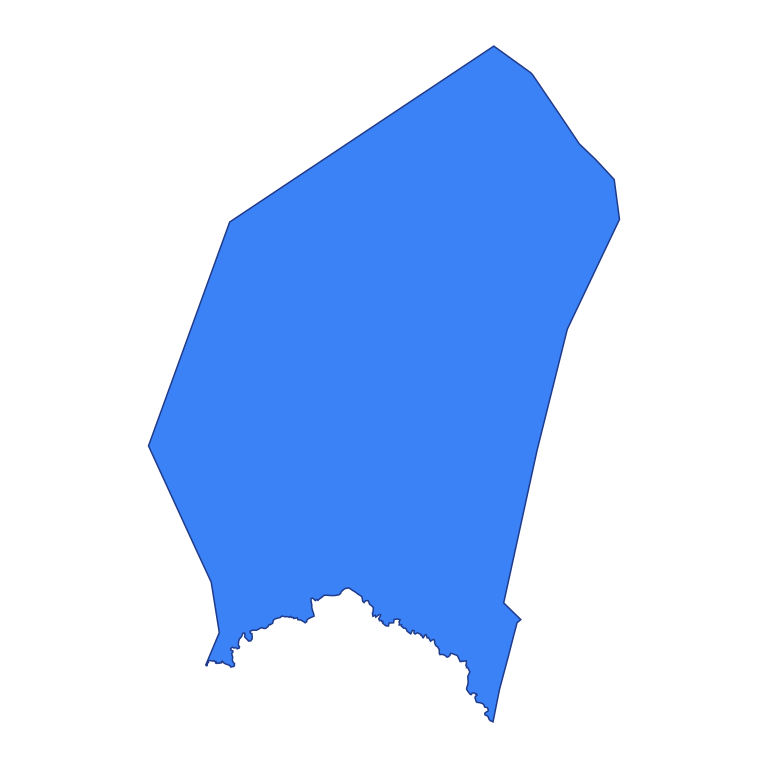 San Miguel Tenango, Oaxaca, Mexico (Natural Earth projection)
{"feature_id": "50627088B60096120896365", "entity_name": "San Miguel Tenango", "entity_type": "district", "adm_level": 2, "iso_a3": "MEX", "parent_name": "Mexico", "parent_adm1": "Oaxaca", "projection": "natural_earth1", "projection_center": [-95.556, 16.228], "detail": "fine", "context": "isolated", "style": "filled", "palette": "blue", "viewbox_px": 768, "rotation_deg": 0, "n_neighbors": 0, "source": "geoboundaries", "source_scale": "gbopen_adm2", "svg_char_len": 3871}
<svg xmlns="http://www.w3.org/2000/svg" viewBox="0 0 768 768"><path d="M205.8,664.9L206.3,665.7L207.2,665.5L207.4,663.7L207.7,663.1L208.5,662.4L208.1,661.1L209.8,660.5L211.0,660.8L213.3,661.1L214.3,660.8L214.8,661.5L216.0,661.6L216.2,662.1L215.6,662.4L215.6,663.0L217.0,663.4L217.2,662.9L219.1,663.3L221.6,662.7L221.5,661.7L222.3,661.2L223.0,661.9L223.5,662.7L225.7,664.0L227.4,664.5L229.8,665.5L230.7,667.0L232.8,666.6L233.8,666.5L234.4,665.6L234.5,663.6L233.4,662.5L232.4,660.6L232.4,659.1L232.7,657.0L231.7,654.1L232.2,652.8L232.8,652.3L232.9,650.9L230.9,650.2L230.8,648.6L231.5,647.8L232.5,647.2L233.8,648.0L235.3,647.8L236.6,647.9L237.1,648.8L239.2,648.1L239.5,646.8L238.8,645.7L238.3,645.2L238.6,641.6L239.3,639.1L241.6,636.6L242.1,635.2L242.7,633.5L244.0,632.9L244.8,633.4L244.8,634.6L244.8,635.9L244.8,637.1L246.4,638.7L248.7,641.1L250.7,640.9L252.1,639.0L252.2,636.9L251.9,633.6L250.5,633.2L250.1,631.2L251.6,630.6L253.3,630.1L255.1,630.3L256.6,630.2L258.2,629.4L260.5,628.1L262.4,627.6L262.9,628.1L263.9,628.5L265.6,628.4L268.0,626.6L269.1,624.5L269.4,624.5L270.1,624.8L272.6,623.3L273.4,620.2L275.0,618.9L278.3,617.9L280.0,617.6L282.1,616.0L284.7,616.7L287.4,616.6L289.5,617.3L290.7,616.4L291.7,617.6L293.3,617.4L293.8,618.5L297.3,617.8L297.9,619.8L300.4,619.9L301.9,620.7L302.7,621.1L304.1,622.0L305.1,622.8L306.6,621.8L306.8,620.5L308.1,618.8L314.1,616.1L313.5,613.2L312.6,610.8L311.8,607.7L311.8,604.7L311.0,600.8L311.0,598.7L312.3,598.1L313.4,598.7L315.3,600.6L316.7,599.5L317.3,600.0L317.9,600.4L319.6,598.8L321.8,597.3L323.7,595.5L325.9,595.2L329.1,595.4L331.0,595.6L332.8,595.6L335.2,595.5L337.0,595.1L338.7,594.9L340.6,593.5L341.2,591.8L343.9,589.3L345.6,588.4L349.0,587.9L352.9,590.6L355.7,592.3L357.8,594.0L359.5,595.0L361.9,596.7L362.7,601.4L364.1,602.6L365.5,600.7L368.2,600.7L368.8,601.9L369.5,604.2L371.3,605.5L373.4,607.6L373.2,609.4L373.0,612.1L372.4,613.0L372.9,616.3L375.1,615.2L375.8,617.1L379.0,614.7L380.5,614.6L380.4,616.1L378.7,618.6L379.5,620.7L381.2,620.4L381.7,621.4L382.9,621.5L382.5,622.9L384.1,624.4L385.8,625.8L388.5,626.0L389.0,623.0L391.5,622.9L393.6,622.8L394.1,619.4L397.6,619.0L400.1,619.7L399.0,621.9L399.5,623.1L399.1,625.0L401.5,624.8L401.4,626.3L402.6,627.1L403.6,628.2L405.1,628.1L406.3,629.2L406.9,630.9L408.1,632.0L410.7,633.9L412.5,630.3L414.2,630.8L414.0,633.2L415.1,634.0L417.5,632.8L421.2,634.6L421.0,635.5L422.3,635.9L422.6,637.5L423.3,637.8L425.0,635.0L426.1,634.6L427.2,637.9L428.6,637.6L429.4,639.2L430.5,641.2L432.2,640.0L433.5,639.5L434.4,640.0L434.8,643.3L435.7,645.5L437.5,646.8L439.2,649.4L439.3,651.3L439.3,653.4L439.9,654.6L441.2,654.4L443.0,654.6L444.8,655.3L445.9,656.1L446.9,657.2L448.6,656.6L450.0,655.2L450.4,653.5L452.1,653.5L453.1,653.9L454.6,654.6L456.5,655.1L457.5,655.9L458.7,658.4L459.5,660.1L460.1,661.5L461.5,661.6L462.5,661.0L463.7,661.4L464.8,660.9L466.3,660.9L466.3,664.2L465.8,665.4L466.8,666.4L466.5,667.6L467.9,667.9L469.8,671.9L467.8,676.4L468.1,681.8L467.9,684.2L467.1,686.6L466.6,688.5L466.5,689.1L467.0,690.0L468.8,692.6L470.4,694.5L471.4,694.5L472.2,693.1L473.5,693.0L474.6,693.0L475.5,694.1L476.4,694.1L477.0,694.5L476.7,695.6L475.7,696.0L475.1,696.9L475.0,698.0L475.5,699.3L476.0,701.2L477.0,702.4L479.3,702.6L482.2,703.4L483.9,704.7L484.3,706.2L484.7,707.1L486.0,707.3L487.1,707.6L487.6,707.9L488.0,709.2L488.3,710.3L487.7,711.4L486.6,711.8L485.5,712.5L484.9,713.1L484.8,713.9L485.1,715.0L485.7,715.2L486.9,715.7L488.0,716.5L488.3,717.4L488.8,718.7L489.4,719.7L490.4,720.8L491.0,720.8L493.0,721.9L499.5,689.4L508.1,657.3L514.1,633.9L516.4,625.4L516.9,622.9L520.8,619.6L503.7,602.9L537.0,450.6L567.3,329.2L576.5,309.8L619.5,219.4L614.2,179.5L595.7,159.6L579.4,144.0L558.9,113.5L532.5,74.6L531.4,73.5L531.2,73.4L530.8,72.8L493.8,46.1L387.6,116.8L229.7,222.0L148.5,445.9L197.4,552.4L211.2,582.1L219.3,632.6L205.8,664.9Z" fill="#3b82f6" stroke="#1e3a8a" stroke-width="1.5"/></svg>